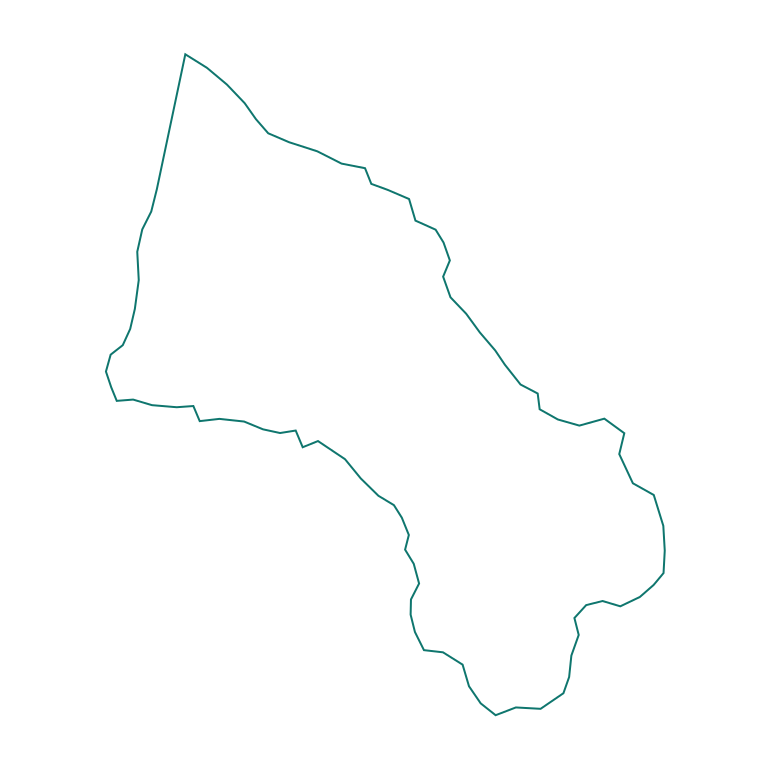 Pracinha, São Paulo, Brazil, rotated 269°
{"feature_id": "56859067B67467393678264", "entity_name": "Pracinha", "entity_type": "district", "adm_level": 2, "iso_a3": "BRA", "parent_name": "Brazil", "parent_adm1": "São Paulo", "projection": "orthographic", "projection_center": [-51.081, -21.838], "detail": "fine", "context": "isolated", "style": "outline", "palette": "teal", "viewbox_px": 768, "rotation_deg": 269, "n_neighbors": 0, "source": "geoboundaries", "source_scale": "gbopen_adm2", "svg_char_len": 1251}
<svg xmlns="http://www.w3.org/2000/svg" viewBox="0 0 768 768"><g transform="rotate(269 384 384)"><path d="M272.3,376.5L262.7,391.8L250.0,399.5L232.6,406.2L218.0,402.2L203.7,410.6L183.9,415.6L168.1,407.2L152.9,406.6L135.5,410.6L117.2,419.3L114.7,438.3L102.0,457.7L80.3,463.7L63.0,475.1L50.9,489.8L58.3,510.2L56.5,534.9L71.7,558.0L87.8,564.0L109.2,566.6L129.7,574.3L146.7,570.3L159.4,582.3L163.2,598.7L157.6,616.4L166.6,636.1L178.4,650.1L190.1,660.2L212.5,661.8L237.3,660.8L268.3,651.8L280.4,631.1L309.8,618.0L330.6,623.4L345.5,603.7L339.0,578.6L345.5,557.2L356.0,539.2L371.8,537.5L381.1,520.5L401.3,505.1L415.6,495.8L433.9,480.7L452.8,467.4L469.5,452.0L490.3,445.0L506.4,452.0L524.4,446.0L537.4,438.3L546.8,418.3L568.5,412.3L578.1,390.9L584.3,374.8L600.1,368.8L605.1,345.4L617.8,321.4L627.4,293.3L636.7,272.6L651.0,260.6L667.2,249.6L686.1,232.2L703.2,212.5L717.1,191.1L582.8,160.3L560.5,154.3L542.8,145.0L520.5,139.6L492.2,140.6L463.4,136.2L443.5,131.2L427.4,123.5L418.1,111.2L401.3,106.2L385.5,111.2L371.8,116.5L372.8,132.9L366.9,151.6L364.4,176.3L365.3,193.0L350.1,199.1L352.0,218.8L348.9,243.5L340.8,262.2L336.8,279.2L339.0,294.9L322.2,301.6L328.1,317.0L309.5,343.7L290.0,359.1L272.3,376.5Z" fill="none" stroke="#0f766e" stroke-width="2"/></g></svg>